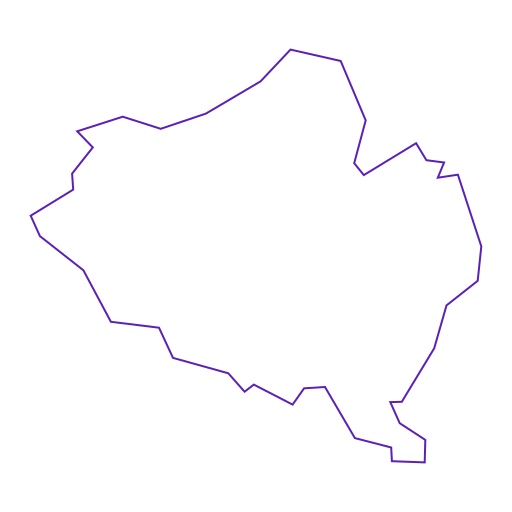 Kichevo, Kičevo, North Macedonia
{"feature_id": "65306769B34923793156893", "entity_name": "Kichevo", "entity_type": "district", "adm_level": 2, "iso_a3": "MKD", "parent_name": "North Macedonia", "parent_adm1": "Kičevo", "projection": "robinson", "projection_center": [20.955, 41.522], "detail": "fine", "context": "isolated", "style": "outline", "palette": "violet", "viewbox_px": 512, "rotation_deg": 0, "n_neighbors": 0, "source": "geoboundaries", "source_scale": "gbopen_adm2", "svg_char_len": 633}
<svg xmlns="http://www.w3.org/2000/svg" viewBox="0 0 512 512"><path d="M477.7,280.8L481.3,246.4L457.9,174.7L437.8,177.7L444.1,162.5L426.4,160.2L416.1,143.2L363.8,175.1L354.2,163.2L365.7,120.4L340.7,61.0L290.5,49.6L260.5,81.4L205.9,113.6L160.7,128.8L122.7,116.7L77.2,131.3L92.8,147.4L72.1,173.6L73.2,189.6L30.7,215.7L39.9,236.1L83.4,270.3L110.9,321.8L159.0,327.7L173.0,357.9L228.3,373.3L244.6,391.7L253.8,384.6L292.6,404.6L304.1,388.3L325.0,387.0L354.9,438.1L391.2,447.5L391.9,461.2L424.7,462.4L425.3,439.9L399.7,423.2L390.3,402.1L401.8,401.8L434.2,348.3L446.5,305.4L477.7,280.8Z" fill="none" stroke="#5b21b6" stroke-width="2"/></svg>